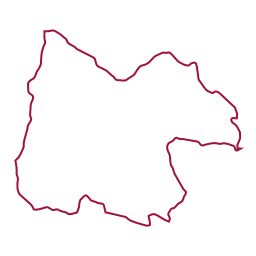 SVG path tracing the border of Uthai Thani
{"feature_id": "THA-405", "entity_name": "Uthai Thani", "entity_type": "Province", "adm_level": 1, "iso_a3": "THA", "parent_name": "Thailand", "parent_adm1": "", "projection": "robinson", "projection_center": [99.519, 15.359], "detail": "fine", "context": "isolated", "style": "outline", "palette": "rose", "viewbox_px": 256, "rotation_deg": 0, "n_neighbors": 0, "source": "natural_earth", "source_scale": "10m", "svg_char_len": 3808}
<svg xmlns="http://www.w3.org/2000/svg" viewBox="0 0 256 256"><path d="M146.2,225.6L135.5,222.5L134.8,222.1L131.1,220.9L130.4,220.5L128.0,218.9L125.8,217.0L105.5,212.3L104.0,205.8L103.7,205.1L103.3,204.4L102.5,203.9L101.4,203.5L99.2,203.3L97.0,202.6L95.6,201.9L92.3,200.9L91.4,200.5L90.6,200.0L87.3,196.1L86.7,195.7L86.0,195.4L85.0,195.6L84.3,196.0L83.6,196.5L80.2,200.2L79.3,203.5L79.0,207.1L77.0,212.5L70.6,214.2L68.3,214.0L67.1,213.1L66.7,212.8L65.9,212.4L62.3,211.5L59.3,210.4L57.9,209.5L56.7,209.4L55.4,209.6L53.8,210.0L52.7,210.0L51.9,209.7L48.2,207.4L47.1,207.2L46.1,207.2L45.4,207.5L39.3,209.2L35.8,209.7L34.4,209.6L33.6,209.2L33.3,208.3L32.8,207.3L31.7,205.4L31.0,204.6L19.6,194.3L19.3,193.9L18.9,193.2L17.9,190.2L17.5,188.4L17.4,183.4L17.8,180.7L17.9,179.7L17.8,177.8L17.3,176.2L17.0,175.5L16.8,174.7L16.6,173.8L16.7,170.9L16.5,167.0L15.4,160.5L18.6,157.4L20.6,154.0L22.6,149.7L23.4,147.5L23.8,145.9L23.6,144.1L24.4,139.6L27.5,128.7L27.7,126.4L28.3,124.9L29.1,123.4L30.5,121.3L31.0,120.0L31.2,118.9L31.0,118.1L30.4,116.6L30.2,115.9L30.1,115.0L30.7,105.1L31.3,102.7L32.6,99.8L33.0,98.4L33.1,97.2L32.9,96.4L32.6,95.7L32.2,95.3L29.7,93.4L29.2,93.0L28.8,92.4L28.5,91.7L28.3,90.9L28.0,84.3L28.3,82.9L28.8,81.9L30.9,80.0L33.6,78.5L34.3,77.6L35.1,76.3L36.7,72.0L37.2,70.9L37.7,70.4L39.2,68.0L40.6,65.0L41.0,63.4L41.1,62.0L41.0,61.1L41.5,54.4L42.0,51.8L43.2,47.6L43.9,45.5L44.9,43.4L45.2,42.2L45.1,41.2L44.6,39.6L44.4,37.1L44.5,31.2L47.7,31.3L52.8,30.4L54.4,30.8L56.5,31.9L60.9,34.7L64.4,37.8L65.6,38.6L66.2,39.2L66.5,39.9L67.4,42.0L68.3,43.1L69.2,43.8L74.8,47.0L76.8,49.0L92.9,57.2L94.7,58.6L96.4,64.2L96.7,64.8L97.1,65.5L97.8,66.1L98.5,66.6L104.8,69.7L107.4,71.4L111.2,75.0L113.0,76.2L115.8,79.5L116.6,79.9L117.9,80.2L120.1,80.2L122.1,80.5L124.6,80.5L125.4,80.3L126.7,79.8L129.7,77.6L132.9,75.7L134.0,74.8L134.9,73.6L137.3,69.8L139.0,67.4L139.5,66.9L140.1,66.4L141.4,65.7L145.3,64.6L147.8,63.2L149.0,62.4L154.0,57.1L155.1,56.2L155.8,55.8L162.6,52.7L163.4,52.6L164.2,52.6L165.9,52.9L166.7,52.9L169.1,52.4L170.4,53.2L172.1,54.7L177.3,60.6L179.0,62.1L183.5,64.4L185.8,65.2L187.3,65.5L188.1,65.5L188.9,65.3L189.5,64.9L191.1,63.5L191.8,63.2L193.3,62.7L194.9,62.7L195.4,63.0L196.0,63.6L196.9,66.8L198.6,79.3L199.2,80.4L204.1,87.4L206.1,89.7L207.5,90.9L212.1,93.0L212.9,93.0L213.5,92.7L214.4,91.9L215.0,91.6L215.7,91.5L216.6,91.6L217.9,92.1L219.6,93.2L234.8,107.4L237.1,113.6L237.0,117.9L236.7,118.4L235.8,118.4L233.9,118.0L233.0,118.0L232.3,118.2L231.7,118.6L231.4,119.3L231.4,120.6L231.7,121.4L232.1,122.1L232.5,122.5L235.5,124.9L236.4,125.8L237.5,127.4L239.7,131.7L239.9,132.3L240.0,133.1L240.1,137.9L239.4,140.3L237.4,144.8L237.6,148.5L240.6,148.6L237.2,150.5L236.5,150.5L235.7,150.2L235.3,149.6L234.9,147.9L234.6,147.1L234.2,146.6L233.8,146.1L232.9,145.7L228.5,144.1L225.3,143.4L224.4,143.3L222.6,143.4L220.1,143.9L219.3,143.9L216.9,143.3L215.2,143.1L211.6,143.3L206.8,144.3L203.7,145.2L202.9,145.4L202.2,145.4L201.4,145.2L200.8,144.8L198.9,142.5L198.3,142.1L197.7,141.7L197.0,141.5L183.2,139.1L179.6,139.0L178.8,138.7L176.8,137.8L176.0,137.8L175.3,138.2L174.6,138.8L173.7,139.9L173.1,140.6L172.3,141.1L169.7,142.5L169.1,142.9L168.5,143.5L168.0,144.3L167.3,145.8L167.1,147.2L167.3,148.7L167.9,151.0L169.6,154.7L169.9,156.1L170.4,162.1L171.0,165.3L172.3,167.2L172.9,168.6L173.4,170.2L173.6,171.0L174.7,174.0L183.4,189.2L185.5,191.2L185.9,191.7L185.9,192.7L185.6,194.1L184.0,196.5L183.4,198.7L182.7,200.2L182.0,201.4L178.3,203.7L177.7,204.1L175.3,207.0L174.4,207.8L173.7,208.1L172.0,208.5L171.3,208.8L170.8,209.4L168.7,212.7L168.3,213.8L168.4,215.1L169.2,216.6L169.9,218.8L168.9,221.6L164.8,219.9L157.3,215.4L154.6,214.2L153.5,214.1L152.2,214.3L149.2,215.6L148.6,216.0L148.6,216.3L148.7,216.9L149.6,220.6L149.9,223.0L149.9,225.0L148.7,225.5L146.2,225.6Z" fill="none" stroke="#9f1239" stroke-width="2"/></svg>